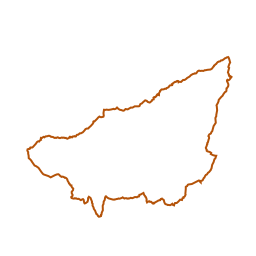 Racovita, Vâlcea, Romania, rotated 104°
{"feature_id": "2599482B60342435469862", "entity_name": "Racovita", "entity_type": "district", "adm_level": 2, "iso_a3": "ROU", "parent_name": "Romania", "parent_adm1": "Vâlcea", "projection": "natural_earth1", "projection_center": [24.314, 45.393], "detail": "fine", "context": "isolated", "style": "outline", "palette": "amber", "viewbox_px": 256, "rotation_deg": 104, "n_neighbors": 0, "source": "geoboundaries", "source_scale": "gbopen_adm2", "svg_char_len": 5780}
<svg xmlns="http://www.w3.org/2000/svg" viewBox="0 0 256 256"><g transform="rotate(104 128 128)"><path d="M195.6,91.5L194.3,90.4L193.9,89.5L194.4,88.7L194.0,88.0L194.0,87.6L195.2,85.9L195.3,85.3L195.2,85.0L194.5,85.0L194.5,84.2L193.9,84.0L191.7,81.6L191.1,81.1L190.7,80.3L190.3,79.9L190.2,79.4L189.9,79.4L189.2,78.8L188.9,78.9L188.3,78.0L188.6,77.7L189.0,76.2L189.3,75.8L191.4,74.7L192.6,73.6L192.8,73.2L192.8,72.1L193.1,70.8L192.9,70.4L192.7,68.6L192.5,68.1L190.8,66.7L191.8,65.7L191.9,64.6L191.1,64.7L189.4,64.2L189.0,62.6L187.3,61.4L184.9,60.1L184.8,58.2L183.1,58.2L182.4,57.2L181.7,57.5L181.2,56.8L180.7,56.4L178.7,56.0L178.1,56.4L173.1,57.2L171.2,57.7L170.7,57.4L170.1,56.6L168.6,56.2L168.2,55.7L166.9,52.5L161.8,46.6L161.8,45.8L162.7,45.2L163.2,44.3L162.1,44.6L161.7,44.4L160.9,43.1L160.6,42.9L158.2,42.4L157.7,41.9L156.0,41.6L154.7,41.1L154.0,40.2L152.0,39.5L151.2,38.7L148.7,37.5L148.3,37.6L147.1,37.2L143.3,37.4L140.5,36.7L137.4,36.6L136.4,35.9L133.6,35.7L133.8,36.6L133.8,38.8L133.6,39.9L133.2,41.4L132.0,41.3L131.5,42.8L131.4,45.5L131.0,46.2L130.1,46.3L129.1,47.3L128.4,47.7L126.1,47.3L124.6,47.4L124.3,47.1L123.1,47.4L122.4,47.0L119.6,47.0L118.4,46.8L117.1,47.2L116.5,48.0L116.0,48.0L114.6,47.6L113.2,46.2L112.1,46.2L110.7,45.5L105.4,45.4L101.7,44.1L97.6,45.5L96.8,45.6L95.2,45.2L94.1,45.5L89.2,45.8L85.5,47.1L84.6,47.6L81.7,46.8L79.8,46.6L79.1,46.8L78.6,46.7L74.9,44.8L74.0,44.1L71.8,43.5L69.7,42.6L69.0,41.8L68.2,41.5L65.7,42.0L65.3,41.6L63.3,40.9L61.9,41.0L60.8,41.5L58.6,43.3L57.8,43.5L57.2,43.2L57.5,42.6L57.2,41.8L56.4,41.2L53.4,39.9L53.2,40.3L53.6,41.6L53.3,42.1L52.7,42.0L52.6,42.7L51.8,43.2L51.5,43.1L49.9,44.5L45.2,44.4L44.6,45.4L44.3,45.4L40.9,45.1L39.8,44.7L36.8,46.4L35.2,47.5L34.9,48.0L35.4,48.6L35.5,49.1L36.6,50.2L37.0,50.9L38.2,51.7L39.5,52.9L39.9,54.1L40.9,54.6L41.2,55.0L41.4,55.8L41.9,56.2L42.3,56.9L43.4,57.5L44.5,57.9L44.9,58.4L46.4,59.3L46.7,59.7L47.4,59.6L48.1,60.1L50.1,60.9L51.3,62.1L52.4,65.2L53.2,66.7L53.3,67.4L54.4,68.7L54.6,70.2L55.2,71.8L55.1,72.8L55.3,73.3L56.1,74.1L58.4,75.0L58.9,76.0L58.8,76.4L59.3,76.9L60.0,78.2L61.7,79.9L62.9,80.5L63.6,81.1L65.2,82.8L66.0,83.2L67.7,84.7L68.0,86.1L70.5,87.7L70.7,89.4L71.4,90.1L70.3,90.8L70.4,91.5L70.7,92.0L71.6,92.6L71.8,92.9L71.8,93.4L72.1,93.8L74.6,95.9L75.0,95.4L75.7,95.5L76.6,97.7L77.3,98.1L78.6,98.5L79.4,99.4L79.9,100.2L80.3,100.5L80.7,100.5L81.1,102.0L81.7,102.5L82.2,103.6L82.3,104.5L82.6,104.9L83.5,105.4L84.0,105.5L84.3,105.9L84.9,105.8L87.1,106.4L87.5,106.9L88.0,106.6L88.1,106.0L88.6,105.9L88.5,107.0L88.8,107.3L88.7,107.9L89.9,108.3L90.4,108.2L90.6,108.5L91.5,109.0L91.5,109.7L91.9,110.1L92.0,110.4L92.4,110.6L92.9,110.2L94.0,110.0L94.3,110.6L95.1,111.4L95.8,111.4L97.9,112.9L98.1,113.3L97.9,115.2L97.1,116.4L97.0,118.0L99.4,119.7L100.7,120.4L101.8,121.8L104.0,122.2L104.5,123.2L105.4,126.8L106.8,128.2L107.3,129.0L107.4,130.1L110.0,132.8L110.2,135.0L111.9,136.0L112.3,136.6L112.4,137.6L112.2,138.6L112.3,140.3L111.8,141.9L110.8,143.6L112.3,144.5L112.8,145.2L113.1,146.0L112.9,146.6L114.1,148.8L115.1,151.1L115.4,153.4L115.9,154.3L116.1,155.7L119.5,155.4L121.9,154.5L123.0,154.6L123.9,156.3L124.1,157.4L123.8,158.5L125.1,159.5L126.6,160.2L129.7,162.1L129.9,162.4L129.8,162.9L130.0,163.1L130.4,163.2L131.2,162.9L132.4,163.2L135.2,164.7L137.2,166.1L137.9,166.3L138.2,166.6L138.5,167.9L139.4,169.0L140.7,169.5L143.1,170.8L144.6,172.5L144.9,173.6L145.9,174.2L146.6,174.8L146.9,175.8L147.7,176.3L148.7,176.5L149.0,177.0L149.1,177.8L148.9,178.1L149.4,178.8L149.5,179.4L150.6,180.0L150.4,180.8L151.1,181.5L151.0,181.8L150.5,182.0L150.5,182.3L150.7,182.5L151.7,182.6L153.1,184.3L152.9,185.4L152.6,185.9L153.0,186.7L152.8,187.9L153.3,188.9L153.2,189.8L154.3,191.6L154.3,193.2L154.0,193.8L154.1,194.2L155.1,195.4L155.0,196.1L155.4,197.0L154.9,198.5L155.0,199.8L155.2,200.5L154.8,201.2L154.6,202.8L155.7,204.7L155.9,205.6L156.5,206.3L157.2,206.8L157.0,207.2L157.0,207.8L158.5,209.1L158.6,210.1L159.3,210.1L160.5,209.5L161.4,210.5L162.6,210.9L162.6,211.9L163.8,213.0L165.4,213.5L169.7,215.8L170.1,216.2L170.5,218.0L170.9,218.2L171.5,218.0L172.1,218.4L172.3,219.3L173.0,220.3L174.3,220.2L175.6,219.0L177.0,218.7L178.7,217.8L181.3,217.0L182.0,215.5L183.1,213.8L183.5,213.6L187.0,209.6L187.3,207.8L188.3,205.2L191.8,201.2L193.2,199.3L193.5,198.3L193.9,193.5L194.6,191.1L191.3,187.3L190.2,185.7L189.7,184.4L190.0,183.5L190.8,182.4L191.5,180.7L191.1,180.2L191.0,179.1L191.2,178.7L191.2,177.5L191.6,177.2L191.4,176.5L191.6,175.7L192.5,174.5L193.7,173.9L195.4,172.2L196.1,171.9L196.1,171.4L196.2,171.2L197.3,170.3L197.6,169.7L197.4,169.0L198.3,168.7L199.3,167.8L200.0,166.5L201.5,166.3L203.6,167.2L204.9,166.8L206.4,165.5L207.4,165.5L208.8,166.4L209.6,165.8L209.7,163.9L209.5,163.1L209.0,162.6L209.1,161.8L208.8,161.4L209.0,160.9L209.0,159.4L208.6,158.7L209.4,156.3L208.1,154.9L207.9,154.4L208.5,153.6L210.6,152.7L211.6,152.0L211.7,151.8L211.2,151.0L209.3,149.4L206.8,149.4L205.7,149.8L204.2,149.3L204.9,147.5L208.2,145.1L209.3,144.9L210.1,144.0L211.9,143.6L213.4,142.2L214.6,141.7L216.2,139.9L219.1,137.9L219.3,136.9L220.4,136.1L220.7,135.7L220.6,135.3L221.1,134.9L220.9,134.1L220.0,132.9L218.8,133.2L218.5,132.8L216.5,133.0L213.9,132.5L209.7,133.7L209.0,133.7L207.7,133.4L205.2,133.8L203.5,133.2L201.2,133.4L199.9,133.2L199.6,132.9L200.6,131.1L201.0,129.6L201.1,125.0L200.6,123.8L200.7,123.6L199.6,121.8L199.4,121.1L198.7,120.2L198.8,119.6L198.4,118.7L197.2,116.9L196.6,116.4L197.3,114.5L197.0,114.2L196.5,112.7L196.7,111.9L196.5,111.5L196.6,110.9L196.2,110.5L196.0,109.6L195.1,108.5L195.2,107.9L195.0,107.6L195.0,106.7L193.4,104.7L193.1,103.7L193.1,102.6L192.3,102.1L192.2,101.7L192.0,101.4L191.9,100.9L191.5,100.7L190.1,100.8L189.7,99.9L187.3,97.3L189.3,95.9L189.9,94.9L190.5,94.6L190.6,94.1L190.9,93.8L192.6,92.7L194.3,92.4L195.6,91.5Z" fill="none" stroke="#b45309" stroke-width="2"/></g></svg>